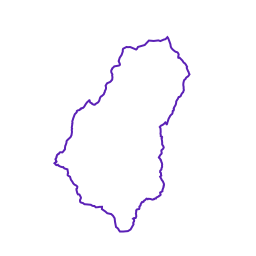 Lupsa, Alba, Romania (orthographic projection), rotated 22°
{"feature_id": "2599482B13834137324749", "entity_name": "Lupsa", "entity_type": "district", "adm_level": 2, "iso_a3": "ROU", "parent_name": "Romania", "parent_adm1": "Alba", "projection": "orthographic", "projection_center": [23.199, 46.368], "detail": "fine", "context": "isolated", "style": "outline", "palette": "violet", "viewbox_px": 256, "rotation_deg": 22, "n_neighbors": 0, "source": "geoboundaries", "source_scale": "gbopen_adm2", "svg_char_len": 5793}
<svg xmlns="http://www.w3.org/2000/svg" viewBox="0 0 256 256"><g transform="rotate(22 128 128)"><path d="M159.3,227.0L162.5,225.7L166.6,223.6L168.4,221.1L169.2,215.3L169.1,215.0L168.9,214.7L168.4,214.2L168.4,213.0L168.6,212.5L168.3,211.3L167.9,210.8L167.8,210.6L167.6,210.3L166.7,210.2L166.9,209.7L167.2,209.4L168.4,208.8L168.4,208.7L168.8,208.5L168.8,206.9L167.9,205.1L167.4,204.5L167.2,203.3L166.9,202.6L166.9,202.2L166.5,201.5L166.6,200.6L166.8,200.2L168.7,198.9L168.6,197.8L168.0,196.7L168.1,196.3L168.5,195.5L168.6,194.8L168.3,193.9L168.5,192.9L168.5,192.3L168.6,192.0L168.7,191.5L169.3,191.3L169.5,190.9L169.9,190.7L169.8,190.3L170.1,189.8L170.2,189.2L170.8,188.6L171.6,186.6L172.6,186.5L173.0,186.6L173.2,186.1L174.4,185.7L175.4,185.4L177.3,185.3L177.9,185.0L178.9,184.2L178.8,183.9L179.7,183.1L180.3,182.9L180.4,181.8L182.2,179.8L182.2,179.4L183.2,178.2L183.2,177.5L182.5,176.7L182.0,175.8L182.6,175.2L182.8,174.7L183.6,173.8L183.2,172.6L183.1,170.9L183.1,169.3L182.9,168.9L182.9,168.6L182.7,168.5L182.8,167.9L182.7,167.7L182.7,167.2L182.4,166.9L182.2,166.3L180.3,164.4L179.6,164.0L178.9,163.6L178.4,163.2L177.8,162.6L176.0,161.1L176.7,159.7L176.1,158.9L175.4,157.4L174.3,156.9L173.9,155.5L174.5,154.0L174.2,153.0L174.1,152.4L174.2,151.9L174.2,151.3L173.5,149.8L173.3,148.9L172.1,147.2L171.8,147.1L171.5,146.9L171.0,146.0L170.4,145.7L170.0,145.3L170.1,145.1L168.7,144.2L168.3,144.2L167.6,143.7L168.2,140.3L168.6,139.7L168.7,139.0L168.5,138.3L167.9,137.5L167.4,136.4L167.4,136.0L168.1,134.6L168.4,133.9L168.4,132.6L167.5,131.6L166.4,130.9L165.7,130.2L165.2,128.8L164.1,126.7L163.7,126.2L163.0,125.0L163.2,124.7L162.8,124.2L162.7,123.8L162.9,123.5L162.8,123.4L162.3,123.5L161.9,123.4L161.4,123.3L161.3,122.8L160.8,121.9L160.7,121.7L160.3,121.2L160.2,120.9L160.0,120.4L159.9,119.7L159.0,117.7L158.8,117.2L158.6,116.9L158.3,116.2L158.0,115.9L157.1,115.2L157.3,114.8L157.4,114.1L157.9,113.2L158.9,112.2L159.4,111.4L160.0,110.3L160.5,108.9L161.1,109.2L161.3,109.4L161.6,109.3L162.4,110.1L162.6,110.0L162.7,109.3L162.5,108.7L162.4,107.5L162.4,106.6L162.3,105.7L162.2,104.2L162.3,103.2L162.5,102.0L162.5,101.1L163.1,99.4L163.6,98.6L163.7,98.1L163.6,97.0L163.1,95.5L163.1,95.3L163.7,94.8L163.7,94.2L163.5,93.2L163.1,93.0L163.0,91.6L163.2,91.0L163.2,90.4L163.4,89.7L163.5,88.3L163.2,86.6L162.8,85.5L162.8,84.7L163.1,83.1L163.3,82.4L163.3,81.8L163.3,80.7L163.4,80.3L163.8,80.2L164.1,80.0L164.4,79.3L164.7,79.0L164.9,78.5L164.9,78.0L164.9,76.7L165.1,75.9L165.2,75.3L165.4,74.8L165.7,74.3L165.7,73.9L165.6,73.5L165.6,71.9L164.8,70.6L164.2,69.1L163.6,68.2L163.1,67.3L162.5,65.5L162.2,63.5L162.2,62.3L162.9,61.2L163.0,60.6L163.0,59.9L163.3,59.1L164.4,57.5L164.5,57.0L164.7,56.2L164.9,55.2L163.9,54.3L163.1,53.3L162.5,52.9L160.7,51.1L160.3,50.8L159.8,49.9L159.9,49.2L158.2,47.8L157.3,47.2L156.4,46.7L155.7,46.6L155.2,46.5L153.8,45.6L153.4,45.2L149.5,43.5L148.7,44.0L148.3,44.0L147.9,43.3L147.4,40.7L146.6,40.1L146.2,39.7L145.6,39.4L144.7,39.3L143.8,39.5L143.0,39.4L140.6,38.7L138.6,37.8L137.2,36.6L135.9,34.4L133.4,31.6L131.5,29.6L130.5,29.0L129.5,31.6L128.2,32.5L125.4,35.3L123.4,35.4L119.2,37.7L114.6,39.1L112.4,44.8L106.9,49.1L106.6,51.4L106.1,52.2L99.8,52.1L97.3,53.2L96.3,53.4L93.8,56.3L93.9,57.6L94.5,59.0L94.7,62.6L94.0,65.9L94.3,69.5L96.4,71.6L96.8,72.3L96.7,72.9L96.3,73.4L95.6,73.9L92.2,76.0L91.8,77.1L91.1,78.5L91.0,78.8L91.1,79.1L91.2,79.4L90.9,80.7L91.1,81.5L91.6,82.5L92.3,83.2L93.2,83.9L93.5,84.3L93.5,85.0L94.6,86.8L94.7,87.3L95.2,88.9L95.2,89.4L94.8,90.0L94.8,90.3L94.8,90.5L94.7,90.9L94.0,92.2L91.9,94.3L91.7,95.2L91.4,97.2L92.3,98.4L92.8,99.6L92.9,100.6L92.7,102.5L93.0,103.2L92.8,104.6L93.0,105.2L92.9,105.5L92.7,106.4L92.3,107.0L91.7,108.3L91.1,108.9L90.9,109.7L90.8,110.7L91.1,113.5L90.7,115.4L88.8,118.0L88.5,118.8L88.2,118.8L87.9,119.1L87.4,119.2L85.7,119.1L85.4,118.9L85.1,118.6L84.9,118.6L83.9,118.6L83.4,118.5L82.6,117.7L82.3,117.4L82.1,116.8L81.9,116.7L81.7,116.8L81.0,118.4L80.7,118.9L80.6,119.2L80.4,119.6L80.1,120.7L80.0,121.2L79.8,122.0L79.5,124.1L79.4,124.6L79.2,125.2L78.9,125.9L78.7,126.3L78.0,126.6L77.8,127.1L77.1,127.4L77.0,127.6L77.1,128.3L76.9,128.5L76.4,128.8L76.4,129.0L76.4,129.3L76.2,129.6L75.8,129.9L75.2,130.2L74.6,130.8L74.3,131.3L74.2,131.5L74.5,132.3L74.5,132.7L74.3,133.3L73.6,134.9L73.5,135.5L73.6,139.6L73.8,141.6L73.8,142.2L73.9,142.8L74.6,144.0L74.7,144.4L74.6,144.8L74.9,145.3L75.8,149.0L76.0,149.2L76.4,149.5L76.5,149.7L76.5,150.7L76.6,151.0L77.2,151.9L77.6,152.9L78.1,155.0L78.3,155.9L78.2,156.8L78.2,157.7L77.6,159.2L76.9,160.6L76.8,161.1L76.5,161.4L76.0,162.9L76.0,163.4L76.3,164.1L76.5,165.1L76.6,167.3L76.5,168.0L77.0,170.0L77.5,171.3L77.4,171.6L77.4,171.9L77.3,172.3L77.0,172.7L77.0,172.9L76.9,173.7L76.3,175.2L75.0,175.6L74.1,176.0L73.7,176.6L73.7,177.5L73.4,178.1L72.8,178.5L72.7,179.1L72.4,179.4L72.4,179.8L72.5,180.8L72.4,180.9L72.4,181.3L72.7,181.7L72.6,182.1L72.7,183.3L72.5,183.5L72.4,184.1L74.1,185.7L73.8,186.0L74.2,186.6L73.2,187.7L73.0,188.2L74.1,188.6L74.6,189.0L75.2,189.2L75.7,189.2L76.4,188.9L76.8,188.4L77.2,188.7L78.0,188.8L78.1,189.0L79.8,189.1L81.9,188.9L82.6,188.5L84.0,189.3L84.7,189.3L87.3,189.0L89.4,192.3L89.3,193.2L89.8,194.4L90.4,194.6L91.8,194.8L92.5,194.9L94.4,197.3L96.6,198.7L97.9,199.8L99.2,200.4L100.0,200.6L101.4,200.7L102.0,200.9L102.8,201.2L103.1,201.5L103.4,203.2L103.0,203.8L103.4,204.7L105.4,207.4L106.5,208.3L107.6,207.9L107.9,207.9L108.5,208.4L109.9,209.6L110.5,210.3L110.6,210.9L110.5,212.8L111.0,213.9L111.5,214.5L112.1,214.7L114.7,214.5L115.7,214.9L116.6,214.9L117.3,214.6L122.3,213.1L123.6,213.4L124.7,213.4L125.6,213.1L126.1,212.9L127.8,213.6L129.1,213.0L130.1,212.5L130.9,211.9L133.4,210.8L134.2,213.0L138.3,213.9L140.7,214.8L144.7,214.1L147.0,215.0L149.4,216.7L151.2,220.0L154.0,224.3L155.7,224.7L156.9,225.3L157.9,226.2L159.3,227.0Z" fill="none" stroke="#5b21b6" stroke-width="2"/></g></svg>